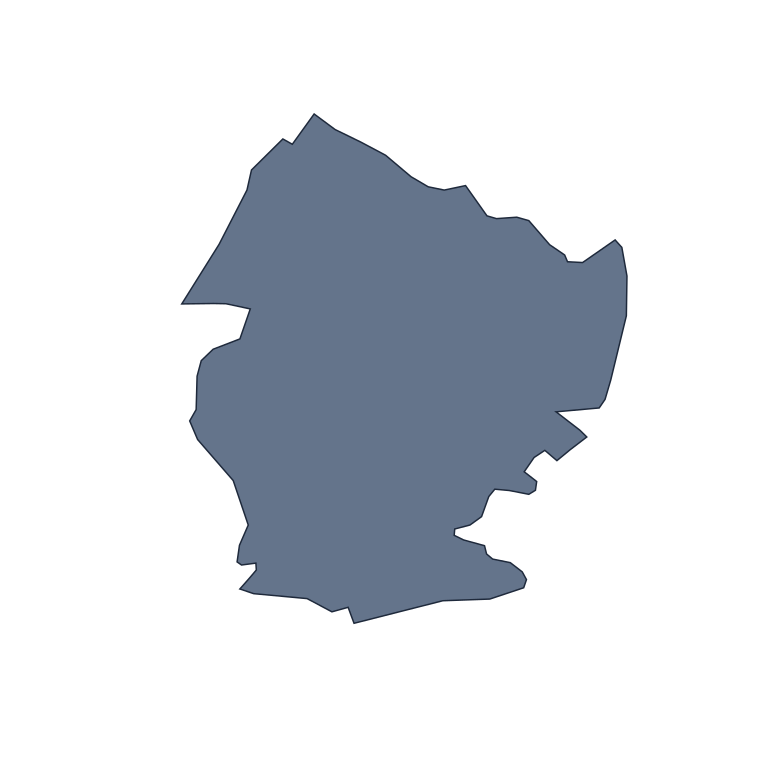 Yerevan, Erevan, Armenia, rotated 35°
{"feature_id": "60910142B26577174907162", "entity_name": "Yerevan", "entity_type": "district", "adm_level": 2, "iso_a3": "ARM", "parent_name": "Armenia", "parent_adm1": "Erevan", "projection": "albers", "projection_center": [44.528, 40.164], "detail": "fine", "context": "isolated", "style": "filled", "palette": "slate", "viewbox_px": 768, "rotation_deg": 35, "n_neighbors": 0, "source": "geoboundaries", "source_scale": "gbopen_adm2", "svg_char_len": 1166}
<svg xmlns="http://www.w3.org/2000/svg" viewBox="0 0 768 768"><g transform="rotate(35 384 384)"><path d="M171.9,202.9L171.4,240.2L160.6,241.3L152.7,284.7L160.5,303.7L168.8,364.2L172.4,434.4L198.1,415.9L208.5,408.9L231.4,399.2L240.1,429.7L224.1,453.5L220.9,469.7L226.4,484.8L244.8,512.7L246.0,525.7L263.2,536.4L315.9,549.6L353.7,577.4L358.1,599.0L365.7,614.0L371.1,614.0L381.8,604.2L386.1,609.6L385.1,620.4L383.5,634.6L397.5,630.5L444.1,603.9L472.0,600.5L482.7,587.5L496.7,597.2L556.5,527.8L594.0,499.5L615.3,470.8L612.9,462.5L605.0,458.6L589.9,457.9L573.4,465.1L565.5,464.4L559.1,458.8L538.6,466.1L528.3,467.7L525.1,462.2L535.3,450.2L540.0,436.7L534.4,416.1L535.1,406.6L547.7,399.4L565.9,391.3L569.0,384.2L565.0,376.3L549.2,375.5L549.1,358.1L553.8,346.1L569.6,347.6L574.2,331.0L580.5,311.1L571.0,309.5L540.9,308.1L574.0,280.2L573.9,269.8L567.5,250.8L543.4,189.1L521.1,156.2L500.5,135.7L492.7,133.9L490.7,133.4L477.0,170.6L464.2,178.6L458.0,174.7L439.8,174.9L408.9,167.1L397.1,171.2L381.3,184.0L371.9,187.2L337.0,174.7L322.1,190.6L307.1,197.1L287.3,198.7L254.1,195.7L226.5,199.1L198.0,203.6L171.9,202.9Z" fill="#64748b" stroke="#1e293b" stroke-width="1.5"/></g></svg>